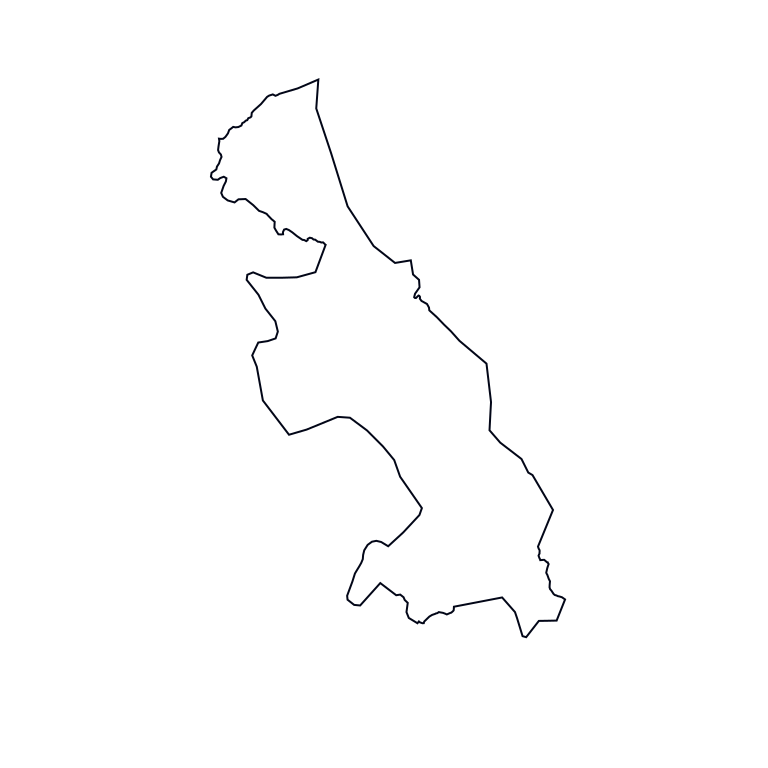 Mopti, Mopti, Mali (Natural Earth projection), rotated 311°
{"feature_id": "8926073B6997954969747", "entity_name": "Mopti", "entity_type": "district", "adm_level": 2, "iso_a3": "MLI", "parent_name": "Mali", "parent_adm1": "Mopti", "projection": "natural_earth1", "projection_center": [-4.123, 14.758], "detail": "fine", "context": "isolated", "style": "outline", "palette": "ink", "viewbox_px": 768, "rotation_deg": 311, "n_neighbors": 0, "source": "geoboundaries", "source_scale": "gbopen_adm2", "svg_char_len": 3369}
<svg xmlns="http://www.w3.org/2000/svg" viewBox="0 0 768 768"><g transform="rotate(311 384 384)"><path d="M494.9,323.1L482.6,312.9L481.3,285.7L494.2,240.0L523.4,192.8L547.5,152.1L570.7,134.7L550.4,124.9L534.4,114.7L532.4,114.1L530.3,113.0L529.6,110.1L526.3,108.1L524.0,107.4L514.5,107.5L505.0,106.3L501.9,106.3L498.9,108.4L497.6,108.3L495.6,107.2L493.4,107.7L492.1,106.9L489.8,106.7L488.0,105.9L485.5,106.8L482.4,105.5L480.3,103.6L479.1,101.5L476.9,101.1L474.2,100.5L470.8,101.8L466.4,102.2L463.5,101.7L461.9,100.0L460.9,98.5L459.3,100.4L454.8,103.2L451.7,105.3L450.5,107.5L450.2,110.3L448.8,112.4L445.4,113.4L442.2,114.8L438.5,115.3L435.9,116.7L430.3,115.3L426.9,117.4L426.3,120.8L429.1,124.6L432.0,125.3L435.3,127.1L435.9,130.1L433.1,131.8L428.3,133.0L421.4,135.8L419.6,139.6L420.0,145.6L423.0,152.1L427.9,153.0L432.8,158.2L433.2,168.0L432.7,176.1L434.2,179.8L435.4,183.8L435.1,185.7L434.6,191.5L434.7,192.0L434.7,192.9L434.7,195.1L433.1,196.3L430.1,198.7L429.8,199.5L429.0,201.7L427.7,206.1L429.3,208.2L430.4,209.2L430.8,209.6L431.4,209.0L432.3,208.1L435.0,207.3L436.9,208.5L437.8,211.2L438.3,215.4L438.5,221.2L439.3,227.9L439.9,228.7L440.3,229.3L440.5,230.1L440.8,231.6L442.4,232.0L443.4,231.3L443.5,231.2L445.7,232.0L446.8,234.0L446.8,236.0L447.8,237.4L448.0,240.7L448.8,241.8L449.2,242.4L449.6,243.8L450.9,245.1L450.8,247.4L450.7,247.8L450.2,248.7L450.3,248.8L423.4,258.9L407.3,248.2L397.1,237.1L387.0,225.5L382.4,212.0L376.8,209.2L372.5,212.0L369.0,230.7L363.1,245.0L360.1,260.8L353.9,269.5L347.3,272.3L340.1,268.1L332.8,261.9L326.0,263.8L319.1,265.8L313.6,276.6L292.1,303.4L283.4,345.6L298.8,355.5L328.8,370.6L336.2,380.4L337.8,401.6L336.2,424.2L333.3,441.6L324.6,457.0L315.2,494.0L308.4,496.7L284.6,495.9L264.3,493.6L262.9,485.5L260.6,481.1L257.1,478.4L251.9,477.2L245.5,478.2L241.3,480.4L237.9,482.9L234.0,484.2L230.0,485.0L225.2,485.8L221.9,486.4L214.3,489.7L200.0,495.1L197.3,498.0L197.7,506.4L201.2,511.3L231.3,511.8L232.6,531.8L235.7,534.4L235.9,538.7L234.6,541.3L234.4,545.5L226.6,550.6L223.7,556.2L225.4,566.2L227.7,566.1L227.7,567.5L228.7,570.0L229.6,570.9L229.9,570.7L230.6,570.4L231.3,570.2L238.2,570.8L241.3,571.8L243.7,573.2L244.3,573.5L244.9,573.7L245.4,574.1L246.1,574.6L247.8,575.0L250.0,578.7L250.5,580.1L250.8,580.9L251.3,582.6L254.9,584.3L255.3,584.6L255.6,584.8L258.0,585.1L258.5,585.1L259.0,585.0L260.1,584.2L261.8,582.9L300.4,613.2L297.8,632.5L294.6,638.0L284.6,654.0L286.2,657.4L306.8,656.3L312.9,663.1L318.7,669.5L337.9,662.8L340.2,662.0L339.8,658.2L338.8,655.9L337.9,654.3L337.6,653.0L336.8,651.3L336.8,649.7L337.8,646.2L338.2,643.8L338.9,642.8L339.1,642.4L341.1,640.8L344.0,638.7L345.1,636.0L345.7,635.0L347.2,632.3L347.6,631.0L348.1,630.2L351.8,628.2L353.1,627.6L355.8,626.5L356.1,626.4L356.4,625.3L356.8,624.6L356.4,624.0L356.4,623.2L356.4,620.3L355.6,619.4L355.0,618.9L353.6,617.5L354.1,616.9L354.2,616.3L354.7,615.3L355.8,613.3L356.9,612.9L358.1,612.6L358.5,612.2L360.1,611.0L360.7,610.3L361.2,608.8L362.3,606.9L399.8,594.2L412.7,555.8L411.8,551.0L417.6,537.0L416.0,510.2L418.3,494.0L435.7,480.4L440.5,476.7L456.6,459.0L466.6,448.0L466.1,412.6L467.7,399.9L468.2,390.3L469.1,380.2L469.3,369.9L471.2,367.8L472.6,364.0L471.3,357.8L471.9,355.1L473.3,354.1L473.7,352.8L473.4,352.0L469.8,351.7L469.2,350.8L469.3,349.8L472.5,348.2L480.3,347.4L485.6,342.1L485.7,334.1L494.9,323.1Z" fill="none" stroke="#020617" stroke-width="2"/></g></svg>